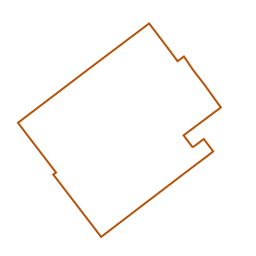 the district of Torrance, New Mexico, United States of America, rotated 143°
{"feature_id": "52423323B99143466886484", "entity_name": "Torrance", "entity_type": "district", "adm_level": 2, "iso_a3": "USA", "parent_name": "United States of America", "parent_adm1": "New Mexico", "projection": "albers", "projection_center": [-106.078, 34.651], "detail": "fine", "context": "isolated", "style": "outline", "palette": "amber", "viewbox_px": 256, "rotation_deg": 143, "n_neighbors": 0, "source": "geoboundaries", "source_scale": "gbopen_adm2", "svg_char_len": 477}
<svg xmlns="http://www.w3.org/2000/svg" viewBox="0 0 256 256"><g transform="rotate(143 128 128)"><path d="M49.2,88.6L41.5,88.5L41.3,99.3L40.9,116.2L41.1,135.8L40.3,151.5L48.2,151.5L48.1,166.3L48.2,198.8L95.1,198.8L121.3,198.8L212.7,198.4L212.7,182.6L212.3,135.8L215.7,135.8L215.0,57.2L157.0,57.6L152.4,57.6L105.8,57.9L81.4,57.9L74.1,58.0L74.1,73.6L75.4,73.6L87.0,73.6L88.0,74.3L88.0,79.8L88.0,88.7L56.7,88.6L49.2,88.6Z" fill="none" stroke="#b45309" stroke-width="2"/></g></svg>